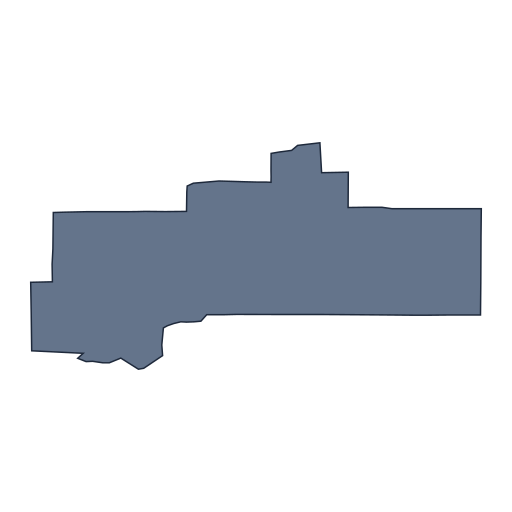 Carlos Barbosa, Rio Grande do Sul, Brazil (Mercator projection)
{"feature_id": "56859067B11809989426200", "entity_name": "Carlos Barbosa", "entity_type": "district", "adm_level": 2, "iso_a3": "BRA", "parent_name": "Brazil", "parent_adm1": "Rio Grande do Sul", "projection": "mercator", "projection_center": [-51.517, -29.318], "detail": "fine", "context": "isolated", "style": "filled", "palette": "slate", "viewbox_px": 512, "rotation_deg": 0, "n_neighbors": 0, "source": "geoboundaries", "source_scale": "gbopen_adm2", "svg_char_len": 1018}
<svg xmlns="http://www.w3.org/2000/svg" viewBox="0 0 512 512"><path d="M480.8,282.3L481.0,236.8L481.3,208.7L439.8,208.7L430.4,208.7L392.0,208.7L382.1,207.3L364.2,207.3L348.1,207.5L348.3,172.2L321.6,172.7L319.9,142.8L297.6,145.4L291.6,150.4L279.3,152.0L271.1,153.4L271.0,170.3L271.1,176.8L271.0,182.3L266.5,182.1L258.3,182.1L245.8,181.8L232.8,181.4L219.0,181.0L193.3,183.2L187.2,186.0L186.8,192.1L186.5,211.4L165.4,211.6L145.1,211.4L136.9,211.6L127.6,211.7L113.9,211.7L98.2,211.7L86.5,211.7L63.7,212.2L53.3,212.5L52.9,248.9L52.1,264.2L52.4,281.8L30.7,282.3L31.2,312.5L31.7,350.8L83.2,353.3L77.7,358.3L86.1,361.6L92.6,361.3L102.8,362.8L109.3,362.8L120.8,358.1L138.4,369.2L143.7,368.3L162.6,355.6L161.8,345.0L163.4,327.9L167.5,325.7L173.8,323.5L180.8,321.8L186.5,322.1L194.3,321.8L200.9,321.2L206.7,314.7L214.7,314.7L224.3,314.7L236.4,314.4L278.0,314.5L284.8,314.5L321.7,314.5L352.3,314.7L381.4,314.9L414.6,315.2L426.6,315.2L448.1,315.0L480.5,315.0L480.8,282.3Z" fill="#64748b" stroke="#1e293b" stroke-width="1.5"/></svg>